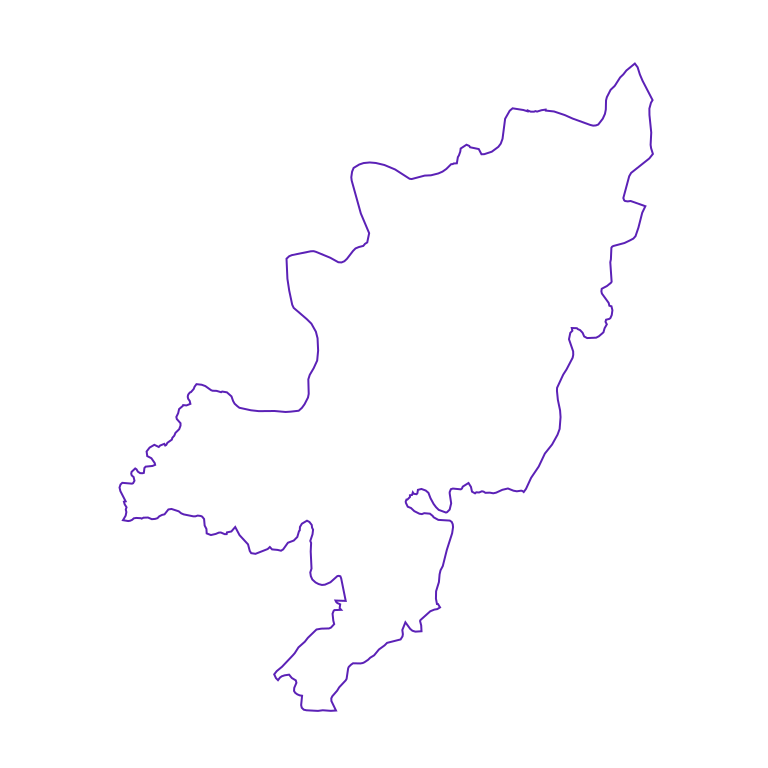 outline of Oubritenga, Oubritenga, Burkina Faso, rotated 92°
{"feature_id": "67063806B42476727458569", "entity_name": "Oubritenga", "entity_type": "district", "adm_level": 2, "iso_a3": "BFA", "parent_name": "Burkina Faso", "parent_adm1": "Oubritenga", "projection": "albers", "projection_center": [-1.222, 12.597], "detail": "fine", "context": "isolated", "style": "outline", "palette": "violet", "viewbox_px": 768, "rotation_deg": 92, "n_neighbors": 0, "source": "geoboundaries", "source_scale": "gbopen_adm2", "svg_char_len": 6151}
<svg xmlns="http://www.w3.org/2000/svg" viewBox="0 0 768 768"><g transform="rotate(92 384 384)"><path d="M529.2,640.1L529.9,634.9L529.5,632.9L528.5,630.9L527.0,629.4L526.5,627.0L526.6,622.3L527.0,621.5L526.0,619.7L525.7,615.2L527.2,611.3L526.8,608.0L526.0,605.7L524.1,604.0L522.6,601.3L521.9,598.8L516.9,595.1L516.3,592.0L518.4,584.7L520.3,582.2L521.3,579.6L522.9,570.0L522.8,567.8L522.0,565.6L522.3,562.5L522.9,561.1L525.2,559.1L531.7,558.3L535.1,556.4L539.5,556.0L541.0,551.7L539.7,546.9L538.3,543.9L538.1,541.9L539.6,538.0L539.5,536.0L537.8,535.8L536.7,531.4L532.1,527.7L540.1,523.1L549.0,514.3L555.6,512.3L557.7,510.8L558.2,506.5L553.0,494.5L550.9,492.4L553.2,490.1L553.5,484.7L554.2,481.1L552.8,479.0L546.0,474.5L543.6,468.7L539.9,465.3L534.0,463.8L533.3,463.1L529.8,463.0L526.5,461.2L523.3,456.2L524.5,453.7L527.4,451.3L530.0,450.9L532.1,449.8L536.7,450.2L543.4,452.2L545.4,451.3L554.0,451.4L571.0,450.0L574.9,451.1L578.6,450.4L581.9,448.8L584.7,445.5L586.2,442.4L587.0,439.0L586.6,436.0L584.0,430.6L577.6,423.9L577.3,422.4L577.7,420.9L579.8,420.0L602.1,414.7L602.1,424.9L603.6,424.1L604.6,422.9L605.7,420.1L609.5,420.5L611.2,418.9L611.7,425.7L612.7,426.5L615.4,427.4L622.3,426.4L625.7,425.4L629.3,428.5L630.2,430.4L630.7,438.2L631.7,442.9L640.3,451.2L644.3,454.1L650.2,460.3L656.1,463.8L658.2,465.5L670.1,476.0L674.7,481.2L678.0,483.6L681.7,481.7L683.7,479.6L681.0,477.7L679.7,476.0L678.6,473.1L677.8,468.7L681.0,465.9L683.3,461.8L685.7,461.1L690.8,463.1L693.9,463.2L695.7,462.0L697.2,459.8L698.1,457.4L698.4,455.0L707.8,455.6L710.4,454.9L712.3,452.8L712.8,450.0L713.0,438.6L712.2,433.8L712.5,425.8L712.0,420.6L702.7,425.5L700.0,425.7L697.9,424.8L692.1,420.1L688.7,418.2L681.6,412.0L680.0,411.1L669.4,409.9L667.9,409.3L665.7,407.2L664.2,405.2L664.1,397.9L663.6,395.5L662.8,393.9L660.2,390.3L658.0,388.2L655.5,384.4L649.5,379.8L645.2,374.3L642.6,371.9L638.7,358.5L635.6,356.7L633.4,356.4L629.2,357.1L621.4,354.3L627.8,349.3L629.6,347.0L630.4,344.0L629.8,337.9L624.0,338.4L619.6,339.7L618.6,339.3L609.5,329.8L607.7,325.8L607.1,322.9L605.3,320.2L602.0,322.4L602.0,323.4L596.7,324.6L589.3,324.7L580.0,322.2L572.3,321.8L568.2,321.0L563.9,318.9L547.5,315.4L530.8,310.7L524.6,310.0L521.8,310.4L519.5,311.5L518.2,313.5L517.9,325.0L515.5,329.7L514.1,330.8L512.0,333.6L511.7,339.3L512.7,341.6L512.4,344.1L510.0,349.3L507.0,352.7L505.8,356.0L502.0,358.0L500.6,358.2L498.7,357.5L498.7,356.6L496.0,354.1L494.3,354.2L493.9,352.1L491.3,351.4L492.7,350.4L493.0,347.6L491.9,346.8L488.6,346.4L487.6,342.9L489.0,338.6L491.2,335.8L496.6,333.5L502.2,330.2L505.3,327.7L507.9,324.9L510.3,317.6L509.9,316.5L507.2,314.0L500.9,312.7L491.3,314.5L489.8,314.6L486.8,313.5L486.1,311.5L486.6,303.6L485.8,302.5L483.8,301.7L480.0,296.1L483.8,293.5L488.5,292.3L490.1,289.2L489.0,288.0L489.1,285.2L487.8,282.4L488.1,280.7L489.2,278.9L488.9,274.5L489.4,271.0L488.7,268.2L485.6,262.0L484.1,256.5L486.1,250.9L486.6,247.5L485.8,243.1L486.2,241.7L487.1,240.6L483.8,238.4L472.6,233.7L461.1,226.5L447.9,220.8L438.6,213.9L428.6,208.8L422.8,206.9L410.9,206.4L404.3,207.1L393.7,209.7L384.9,210.9L381.8,210.9L368.3,205.2L363.1,202.1L351.2,196.4L348.3,195.9L344.8,196.1L332.8,200.7L326.4,199.6L324.2,197.6L321.5,198.3L321.5,193.2L322.4,192.2L323.3,189.9L325.9,187.3L329.5,185.6L331.0,182.6L330.3,173.6L328.8,170.9L324.7,166.5L320.6,165.5L316.6,163.4L314.1,164.8L312.0,164.3L311.1,161.2L310.3,160.1L307.1,158.8L302.3,158.3L298.4,159.4L297.9,161.5L295.1,162.3L286.0,169.4L283.7,170.0L281.2,169.7L278.3,164.6L274.7,160.5L273.8,160.1L254.4,162.1L251.5,161.6L239.9,161.5L238.9,160.9L238.1,159.7L234.7,148.6L232.0,143.4L230.0,139.9L227.5,137.8L218.9,135.2L203.8,131.9L197.2,129.0L192.5,143.9L193.0,146.8L192.7,149.5L192.0,150.4L189.8,151.3L167.8,146.2L164.4,144.4L149.3,126.7L144.7,123.3L139.0,125.3L135.7,125.9L123.4,125.7L105.9,128.1L99.5,128.4L93.6,127.0L90.9,125.5L71.9,136.2L65.7,139.1L58.6,141.6L55.0,144.5L62.2,152.7L66.2,155.6L69.4,158.7L78.0,163.8L82.1,167.8L89.6,171.3L92.8,172.0L101.9,171.9L106.3,172.6L111.2,174.6L117.2,178.9L118.2,181.3L118.5,184.0L117.9,186.9L112.2,204.6L108.9,212.8L105.7,223.6L105.1,231.9L104.1,232.0L104.9,236.2L106.4,240.5L106.0,242.2L106.6,243.5L106.7,246.9L105.6,249.9L106.5,249.9L105.3,254.3L104.0,265.1L106.5,267.9L114.7,272.2L134.8,274.1L139.7,275.7L143.0,278.0L148.1,284.4L150.8,291.8L151.0,294.6L145.9,297.5L144.4,306.2L143.1,307.1L142.0,309.9L146.0,315.6L149.1,315.9L152.9,317.1L154.7,318.1L160.9,318.9L161.2,322.1L161.8,322.9L162.0,324.6L166.9,329.2L169.7,332.9L171.7,337.1L173.8,344.4L174.3,350.6L178.2,363.5L178.0,365.6L169.2,380.4L165.1,391.3L163.4,399.9L163.1,406.0L163.9,412.1L165.5,416.4L169.1,421.9L172.9,423.3L178.5,423.9L181.8,423.4L214.4,413.1L233.8,404.1L243.1,405.7L244.6,407.9L246.7,409.5L248.0,413.9L249.5,417.2L252.1,419.6L260.2,425.4L262.7,427.9L264.0,430.7L263.9,433.9L259.7,442.1L254.3,456.6L253.7,458.9L253.9,461.7L258.4,480.5L259.6,483.2L262.2,485.8L282.2,484.2L293.9,482.0L308.0,478.5L311.1,476.9L321.8,463.5L326.2,458.7L334.1,453.9L340.6,452.0L352.9,451.0L362.9,451.6L370.6,454.8L377.4,458.5L382.0,459.8L396.5,458.9L400.2,459.5L407.0,462.7L410.7,465.2L413.7,468.3L414.9,476.4L415.4,481.4L414.8,492.4L415.5,508.2L414.9,516.1L412.8,527.7L411.2,529.9L408.9,532.6L406.3,534.2L401.7,536.0L397.8,540.7L397.2,545.5L397.9,546.5L396.7,551.1L396.7,555.1L396.2,556.6L392.3,562.5L391.1,566.2L390.7,571.4L393.3,573.2L395.6,574.0L398.8,576.6L399.1,577.5L400.6,578.8L402.0,579.5L403.7,579.7L405.6,579.2L407.7,577.6L410.6,576.8L412.3,580.7L412.1,584.0L412.9,584.3L416.2,587.9L420.4,588.7L424.2,590.4L426.3,589.8L430.3,586.0L432.7,585.9L436.3,587.1L440.1,590.7L443.0,591.8L445.1,593.6L447.0,594.1L450.3,598.4L452.5,599.5L453.1,600.5L451.5,601.5L453.3,605.6L454.8,606.9L452.8,611.4L455.7,616.0L459.7,618.9L464.3,618.1L466.3,613.9L471.0,610.4L472.8,609.9L474.0,612.6L474.9,619.3L476.3,620.5L481.2,620.9L481.6,622.1L481.6,624.6L480.2,626.9L477.9,628.4L477.1,629.7L480.6,633.2L482.5,633.5L484.2,632.9L485.7,631.0L489.4,630.0L491.9,631.3L492.4,632.4L491.9,642.1L493.6,643.8L496.7,644.7L500.3,643.7L510.3,638.1L510.7,639.8L513.2,639.0L516.2,637.0L518.4,637.7L521.0,637.0L524.6,637.6L529.2,640.1Z" fill="none" stroke="#5b21b6" stroke-width="2"/></g></svg>